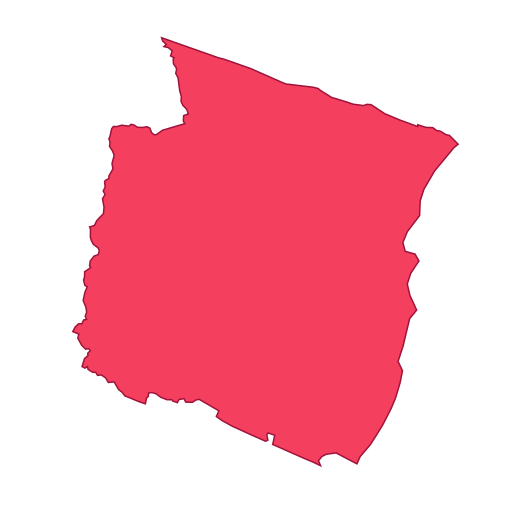 Arecibo, Puerto Rico (Mercator projection), rotated 108°
{"feature_id": "32010507B88013752264410", "entity_name": "Arecibo", "entity_type": "district", "adm_level": 2, "iso_a3": "PRI", "parent_name": "Puerto Rico", "parent_adm1": "", "projection": "mercator", "projection_center": [-66.671, 18.404], "detail": "fine", "context": "isolated", "style": "filled", "palette": "rose", "viewbox_px": 512, "rotation_deg": 108, "n_neighbors": 0, "source": "geoboundaries", "source_scale": "gbopen_adm2", "svg_char_len": 3041}
<svg xmlns="http://www.w3.org/2000/svg" viewBox="0 0 512 512"><g transform="rotate(108 256 256)"><path d="M414.9,387.3L415.5,384.0L413.3,382.1L415.8,380.6L417.1,375.1L416.1,372.6L418.5,369.8L416.9,366.3L418.5,361.2L421.9,357.4L419.6,352.0L425.5,345.4L426.9,341.4L429.6,337.5L429.7,334.9L430.7,322.4L430.8,315.6L424.7,316.2L422.9,315.0L419.6,315.8L418.0,312.8L417.9,308.7L419.8,302.9L420.2,296.4L418.7,291.6L419.7,290.3L419.7,286.7L419.8,285.5L418.7,285.3L416.3,284.9L413.9,280.4L416.7,277.7L414.7,271.1L411.5,268.7L409.9,265.7L414.5,244.4L414.7,243.5L420.9,244.1L421.4,242.6L423.1,237.1L423.6,234.5L425.3,225.5L428.0,201.4L429.2,189.6L427.4,187.8L427.2,188.0L422.8,190.4L420.6,190.0L420.6,182.9L424.7,182.4L430.1,181.9L433.7,146.6L434.3,138.8L435.5,129.8L431.4,133.3L426.4,131.4L422.9,128.0L418.5,118.9L418.6,118.7L422.1,98.1L422.5,95.8L414.7,95.0L399.9,88.9L399.5,88.8L388.6,86.0L378.0,83.4L373.9,82.7L361.5,80.7L358.8,80.3L347.6,79.4L344.5,79.5L334.7,79.7L332.0,79.8L319.9,81.2L312.3,88.3L306.4,88.3L295.8,88.3L282.5,89.4L268.0,90.5L257.8,86.5L255.1,89.0L254.4,89.6L248.0,95.5L246.1,97.3L243.3,99.0L235.9,103.5L235.4,103.5L224.7,103.5L214.6,100.7L214.0,100.5L210.4,99.5L205.4,104.9L205.0,105.3L205.2,109.2L205.4,115.6L205.1,115.8L197.8,120.5L190.2,119.9L189.7,119.9L188.7,119.8L186.2,119.6L180.0,117.5L173.5,115.2L171.3,114.4L167.0,112.9L159.3,115.1L152.7,116.9L151.3,116.9L140.6,116.9L140.0,116.8L139.0,116.6L127.3,114.0L120.0,112.5L110.6,108.7L105.8,106.8L91.9,101.3L87.2,98.3L81.5,109.4L81.9,112.8L80.3,119.3L80.9,123.5L80.3,124.3L79.3,127.6L81.2,134.3L81.2,142.7L82.9,142.3L82.2,162.0L81.3,172.0L80.9,177.4L76.5,193.3L77.5,197.4L79.7,200.2L81.6,210.5L81.5,216.7L81.6,223.1L81.8,233.1L78.7,245.6L77.5,248.6L77.8,253.6L82.0,274.8L82.0,275.2L83.1,280.2L82.9,284.6L79.7,315.9L79.4,318.1L78.7,347.3L79.1,353.0L77.6,413.2L80.3,411.3L82.5,406.7L85.3,408.3L84.9,403.9L86.8,399.1L92.1,399.1L92.8,395.2L94.4,395.6L98.7,393.9L101.7,390.0L103.6,389.1L107.1,388.8L110.6,385.2L122.5,379.6L127.1,376.4L132.0,375.1L135.3,372.1L137.9,367.2L141.8,364.3L144.9,368.2L150.1,366.8L152.2,364.7L165.3,383.8L171.3,388.2L172.2,390.2L171.1,393.2L167.1,396.6L166.8,399.8L168.7,403.3L170.2,408.5L169.1,412.7L169.4,415.6L171.8,417.0L173.1,424.1L175.8,428.1L176.9,431.7L179.6,432.6L187.9,431.8L189.8,432.2L193.1,429.9L197.0,429.2L200.5,424.9L204.0,422.0L212.6,421.5L217.4,419.0L225.3,420.6L227.9,419.9L230.7,422.7L232.4,422.9L236.9,420.8L241.1,421.3L241.4,421.4L244.2,418.5L248.9,419.7L256.6,415.6L262.9,414.2L267.1,416.3L271.8,418.4L276.9,419.1L279.8,423.3L281.4,421.8L289.4,419.3L291.9,417.6L295.1,414.4L297.1,408.7L299.2,406.7L303.5,406.5L306.1,410.0L311.9,412.1L316.8,411.3L318.2,409.7L323.9,414.1L328.9,412.6L332.2,412.6L336.8,409.7L337.4,407.0L343.5,407.5L351.8,406.6L357.3,401.9L361.8,399.7L366.1,399.8L368.7,397.5L370.1,400.2L374.2,400.6L375.4,403.9L379.5,406.1L384.5,406.9L385.0,400.4L389.2,400.1L394.8,394.2L397.3,389.2L395.8,386.5L397.2,384.3L400.5,386.0L402.6,385.0L406.5,387.4L414.9,387.3Z" fill="#f43f5e" stroke="#9f1239" stroke-width="1.5"/></g></svg>